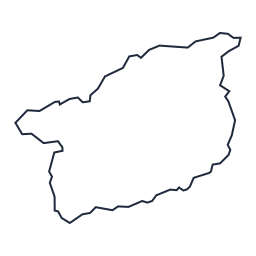 the border of Omagh
{"feature_id": "GBR-2084", "entity_name": "Omagh", "entity_type": "District", "adm_level": 1, "iso_a3": "GBR", "parent_name": "United Kingdom", "parent_adm1": "", "projection": "orthographic", "projection_center": [-7.284, 54.591], "detail": "fine", "context": "isolated", "style": "outline", "palette": "slate", "viewbox_px": 256, "rotation_deg": 0, "n_neighbors": 0, "source": "natural_earth", "source_scale": "10m", "svg_char_len": 983}
<svg xmlns="http://www.w3.org/2000/svg" viewBox="0 0 256 256"><path d="M22.2,134.2L15.4,122.8L27.3,110.3L39.5,111.0L54.9,101.9L59.0,101.5L59.8,104.5L69.5,99.0L77.8,97.5L82.8,102.3L89.7,101.3L90.5,95.1L97.9,88.7L105.0,76.4L122.9,67.9L129.3,56.4L137.1,55.0L141.0,57.8L149.1,49.9L159.5,45.6L187.7,47.6L195.6,41.4L213.4,37.6L219.9,33.0L227.9,33.8L233.5,37.9L240.6,37.7L238.6,45.8L228.9,51.1L221.5,56.7L223.7,75.7L220.1,85.3L229.3,91.2L225.2,96.6L228.4,101.4L235.1,120.2L231.8,135.3L227.7,144.8L230.3,149.8L228.5,155.0L220.0,163.4L212.6,164.6L211.0,171.5L209.3,172.9L193.7,177.8L189.9,186.6L187.1,189.3L183.4,190.5L179.0,187.5L176.6,190.2L170.2,189.6L156.3,195.3L152.1,201.0L147.3,202.6L142.2,201.0L128.5,206.9L118.1,206.4L112.5,210.2L95.8,207.2L90.0,213.0L82.4,214.3L69.8,223.0L61.7,218.0L58.0,211.3L54.7,210.6L54.6,196.7L49.8,182.8L52.0,176.6L49.1,171.6L54.3,152.5L62.5,150.8L62.4,147.4L58.0,141.2L43.6,143.1L31.5,133.7L22.2,134.2Z" fill="none" stroke="#1e293b" stroke-width="2"/></svg>